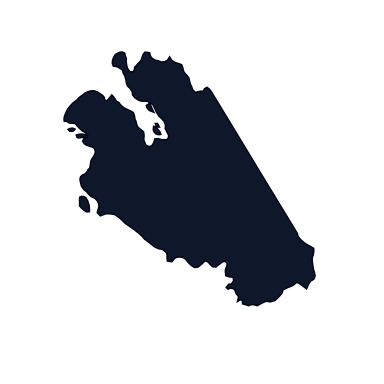 Curuçá, Pará, Brazil (Albers equal-area conic projection), rotated 313°
{"feature_id": "56859067B29190348828298", "entity_name": "Curuçá", "entity_type": "district", "adm_level": 2, "iso_a3": "BRA", "parent_name": "Brazil", "parent_adm1": "Pará", "projection": "albers", "projection_center": [-47.873, -0.754], "detail": "fine", "context": "isolated", "style": "filled", "palette": "ink", "viewbox_px": 384, "rotation_deg": 313, "n_neighbors": 0, "source": "geoboundaries", "source_scale": "gbopen_adm2", "svg_char_len": 4190}
<svg xmlns="http://www.w3.org/2000/svg" viewBox="0 0 384 384"><g transform="rotate(313 192 192)"><path d="M158.3,76.2L154.5,77.4L153.8,80.3L154.3,82.9L155.4,85.2L156.9,88.5L157.3,90.7L156.0,93.4L153.8,95.0L151.5,95.6L146.4,96.6L144.4,97.8L142.1,99.4L139.8,100.9L137.4,100.7L135.1,101.4L132.3,101.5L129.9,100.3L127.2,100.1L125.0,101.3L123.3,103.4L120.9,107.1L120.0,111.3L120.3,114.7L119.9,118.2L119.9,121.3L121.2,125.6L121.0,128.5L119.9,131.5L118.3,133.5L116.3,134.7L114.3,135.6L112.3,136.8L112.0,141.2L116.9,143.6L119.2,145.7L122.7,150.6L123.4,154.7L123.7,159.3L123.5,164.1L125.0,175.0L125.5,180.9L125.6,185.3L125.2,189.5L125.7,193.7L126.3,202.0L127.9,206.6L130.0,209.6L130.0,212.0L130.2,214.7L128.7,217.0L126.3,219.1L124.7,221.2L127.3,224.9L131.5,224.5L133.8,225.3L136.0,227.2L138.1,230.2L138.5,233.0L138.0,236.4L137.8,241.2L138.4,245.2L141.1,247.6L145.9,248.2L150.8,248.6L151.8,251.8L151.3,255.1L151.5,258.2L153.4,260.6L156.9,261.1L162.0,262.1L163.8,263.5L163.9,266.2L161.7,268.0L159.4,268.7L157.1,270.1L153.8,273.8L155.1,276.7L157.7,280.3L155.5,282.9L151.9,283.6L149.6,281.8L145.5,282.1L145.5,284.7L147.6,285.4L149.2,287.5L149.7,289.8L147.8,293.5L147.2,297.5L145.1,298.7L142.9,299.9L145.9,300.8L147.3,302.6L144.7,305.2L147.5,311.0L150.2,312.2L152.0,314.5L153.4,317.3L155.5,317.9L159.1,319.2L162.7,320.7L164.9,324.1L169.1,326.7L172.2,326.9L176.2,327.0L180.1,326.7L182.0,325.3L185.6,326.4L192.6,329.6L197.1,330.1L198.3,332.6L199.3,341.8L203.8,340.2L207.4,339.5L211.5,340.6L214.7,339.2L216.7,336.4L217.8,334.3L219.4,332.1L222.9,327.7L225.6,325.0L228.8,323.5L231.5,321.7L233.8,319.4L232.8,315.0L232.0,312.2L231.4,308.3L231.3,303.4L232.0,299.6L233.5,297.4L236.6,286.6L238.6,279.4L251.3,234.2L262.4,195.0L272.4,159.6L273.6,155.4L277.4,141.8L278.4,138.5L279.1,134.7L278.8,131.5L275.7,130.7L273.6,131.5L271.0,129.1L267.1,126.4L267.3,122.7L269.0,119.4L269.8,117.1L272.1,113.7L273.3,111.8L273.7,109.7L274.0,105.9L274.7,103.0L276.4,100.9L278.0,97.8L277.0,94.9L275.7,92.6L274.9,90.2L274.5,87.3L275.6,83.4L273.1,84.0L270.8,84.1L268.5,83.0L265.9,80.6L265.0,78.0L263.6,75.8L262.9,73.4L262.6,71.2L263.3,68.4L264.9,66.2L263.7,64.0L261.9,62.1L258.7,62.6L255.0,64.4L252.2,65.0L248.7,64.9L246.5,65.0L244.1,64.9L242.3,66.5L239.5,66.8L237.8,64.7L238.0,62.3L238.7,60.1L240.3,57.5L242.7,54.8L245.0,52.8L246.2,50.1L247.7,48.1L246.9,45.6L245.0,43.9L242.6,42.9L240.3,42.2L237.2,42.7L233.6,44.4L231.5,46.3L230.4,48.7L232.5,51.6L233.3,55.1L233.9,58.0L232.1,60.5L231.1,63.7L229.8,65.9L228.2,68.1L226.7,70.1L225.5,72.6L225.5,76.0L224.7,79.7L222.4,82.6L222.0,86.0L222.5,89.4L223.3,91.9L224.6,93.8L226.6,96.0L228.2,98.1L228.1,100.5L229.3,103.2L228.5,105.7L226.3,110.9L224.9,116.3L225.0,119.9L224.6,123.4L222.8,127.1L220.2,129.0L218.6,133.2L217.7,135.8L216.0,137.7L213.0,137.9L210.2,134.8L208.9,132.8L207.8,130.7L205.5,128.6L202.2,130.3L198.5,131.1L195.9,129.8L194.8,126.2L197.2,121.2L201.1,118.0L203.0,115.4L202.8,113.1L202.7,110.7L202.5,108.1L203.6,105.6L205.5,102.8L206.4,100.6L208.6,97.8L210.1,94.9L209.4,91.8L208.4,88.8L207.4,85.8L207.1,82.8L207.1,80.0L207.6,77.3L206.8,75.2L207.4,72.8L208.2,69.4L208.3,67.1L205.5,67.4L202.7,67.6L200.3,67.4L199.9,65.1L201.3,63.5L201.7,61.1L201.2,57.6L200.6,54.2L199.2,51.3L196.7,48.8L194.1,47.4L191.3,46.3L188.7,45.9L186.1,45.4L183.3,45.0L180.7,45.1L178.5,44.6L175.8,44.2L172.0,44.2L168.9,44.4L166.8,44.8L163.9,45.7L160.6,47.0L158.4,48.3L156.6,50.3L158.2,52.0L158.7,55.2L161.1,58.0L162.5,60.1L162.0,62.9L161.8,67.1L161.9,70.8L162.8,73.2L163.1,76.1L160.2,78.3L158.3,76.2ZM110.2,128.0L112.5,125.2L114.4,121.7L115.4,118.4L115.0,116.2L113.8,114.4L111.6,113.4L108.9,115.6L107.1,117.6L105.2,119.1L104.9,122.0L105.0,125.8L105.5,128.4L107.7,130.4L110.2,128.0ZM215.5,121.8L213.9,119.1L211.1,121.2L210.1,123.2L209.9,126.2L211.1,128.5L212.9,129.9L214.2,127.3L214.6,123.8L215.5,121.8ZM163.1,76.1L160.4,73.6L158.9,71.5L157.2,70.0L154.8,68.4L153.4,70.8L154.7,72.8L156.9,74.3L158.3,76.2L163.1,76.1ZM228.1,100.5L224.1,99.6L222.7,102.0L222.5,105.2L224.3,109.7L225.4,106.7L226.4,104.6L228.1,100.5ZM157.4,61.3L155.8,59.8L153.3,58.6L153.0,61.2L155.5,63.6L158.2,63.7L157.4,61.3ZM215.5,121.8L217.3,123.9L218.6,120.1L217.1,118.4L215.5,121.8Z" fill="#0f172a" stroke="#020617" stroke-width="1.5"/></g></svg>